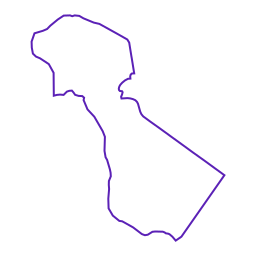 an SVG outline of Kilimanjaro
{"feature_id": "TZA-3393", "entity_name": "Kilimanjaro", "entity_type": "Region", "adm_level": 1, "iso_a3": "TZA", "parent_name": "United Republic of Tanzania", "parent_adm1": "", "projection": "orthographic", "projection_center": [37.535, -3.747], "detail": "fine", "context": "isolated", "style": "outline", "palette": "violet", "viewbox_px": 256, "rotation_deg": 0, "n_neighbors": 0, "source": "natural_earth", "source_scale": "10m", "svg_char_len": 1336}
<svg xmlns="http://www.w3.org/2000/svg" viewBox="0 0 256 256"><path d="M99.4,23.9L116.9,33.6L127.3,39.5L129.2,42.6L131.4,56.3L131.7,57.9L134.2,73.4L131.9,73.5L130.7,74.6L130.2,76.4L130.4,78.6L128.0,78.8L125.0,80.4L122.2,82.7L120.4,84.7L119.7,85.8L119.1,87.2L118.8,88.7L119.0,90.0L119.9,91.0L122.0,91.2L122.6,92.2L122.1,94.3L121.1,96.8L121.5,98.5L127.5,98.1L130.2,98.4L132.9,99.1L135.3,100.2L137.0,101.9L138.0,103.8L140.2,111.6L141.4,114.2L143.2,116.4L150.0,121.4L160.8,129.1L171.5,136.9L182.3,144.7L193.0,152.5L203.8,160.2L214.5,168.0L224.4,175.2L181.4,236.7L175.7,240.6L172.4,236.7L169.6,234.3L168.3,233.7L165.8,233.3L164.6,232.4L162.8,231.7L155.2,231.5L152.4,231.8L147.8,234.7L144.9,235.2L141.9,234.1L133.1,227.4L122.2,221.3L119.3,220.9L112.8,215.6L108.6,208.4L108.3,198.7L109.1,189.0L108.8,184.9L108.9,181.0L110.8,176.3L110.6,172.8L109.9,169.4L107.1,159.9L105.6,157.3L104.5,150.9L104.9,136.8L102.7,131.2L98.9,124.6L94.3,116.7L87.5,109.4L83.6,100.1L84.1,97.7L82.3,96.1L78.6,95.9L75.1,94.8L73.5,92.5L71.9,90.6L69.4,90.8L66.9,91.6L63.6,94.9L60.1,94.6L56.9,94.9L53.8,95.7L53.6,72.8L48.8,64.1L40.0,58.3L36.0,56.6L32.9,53.6L31.8,47.7L31.6,41.6L34.5,33.3L42.9,30.8L47.1,29.0L50.3,25.7L57.8,19.5L63.7,15.6L70.1,15.4L72.2,16.2L74.7,15.4L79.3,15.9L83.4,18.3L93.8,22.6L99.4,23.9L99.4,23.9Z" fill="none" stroke="#5b21b6" stroke-width="2"/></svg>